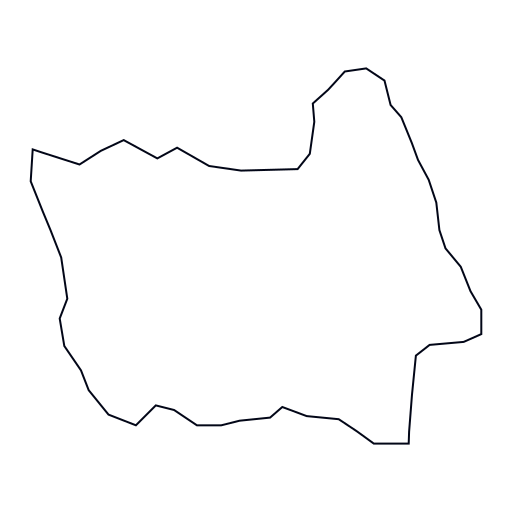 the district of Tranås, Jönköping, Sweden
{"feature_id": "70781695B97967886830889", "entity_name": "Tranås", "entity_type": "district", "adm_level": 2, "iso_a3": "SWE", "parent_name": "Sweden", "parent_adm1": "Jönköping", "projection": "mercator", "projection_center": [14.881, 58.063], "detail": "fine", "context": "isolated", "style": "outline", "palette": "ink", "viewbox_px": 512, "rotation_deg": 0, "n_neighbors": 0, "source": "geoboundaries", "source_scale": "gbopen_adm2", "svg_char_len": 830}
<svg xmlns="http://www.w3.org/2000/svg" viewBox="0 0 512 512"><path d="M408.7,443.6L409.1,431.7L412.0,394.6L415.9,355.6L429.6,344.9L463.7,341.9L481.3,334.1L481.3,309.7L470.5,291.2L460.9,267.1L460.7,266.7L445.5,248.4L439.4,230.1L436.3,202.6L428.7,179.8L418.0,159.9L411.9,143.2L401.3,117.2L390.6,105.0L384.5,80.6L366.2,68.4L344.8,71.5L335.2,82.1L328.1,89.8L312.8,103.5L314.3,121.8L309.8,153.8L297.6,169.1L241.1,170.6L209.1,166.0L177.1,147.7L157.3,158.4L123.7,140.1L100.9,150.8L79.5,164.5L41.4,152.3L32.7,149.4L30.7,181.3L42.9,211.8L50.5,230.1L61.2,257.5L67.3,298.7L59.7,318.5L64.3,346.0L81.0,370.4L88.7,390.2L108.5,414.6L135.9,425.3L155.8,405.4L174.1,410.0L196.9,425.3L221.3,425.3L239.6,420.7L270.1,417.6L282.3,407.0L306.7,416.1L338.7,419.2L357.0,431.4L373.8,443.6L408.7,443.6Z" fill="none" stroke="#020617" stroke-width="2"/></svg>